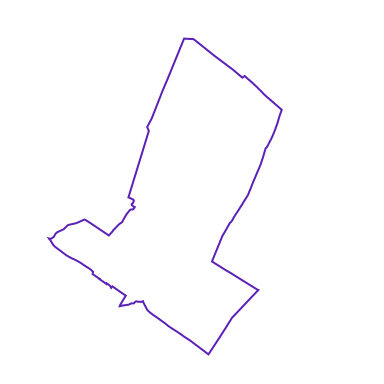 San Agustín Yatareni, Oaxaca, Mexico (Mercator projection), rotated 298°
{"feature_id": "50627088B58222599296469", "entity_name": "San Agustín Yatareni", "entity_type": "district", "adm_level": 2, "iso_a3": "MEX", "parent_name": "Mexico", "parent_adm1": "Oaxaca", "projection": "mercator", "projection_center": [-96.684, 17.08], "detail": "fine", "context": "isolated", "style": "outline", "palette": "violet", "viewbox_px": 384, "rotation_deg": 298, "n_neighbors": 0, "source": "geoboundaries", "source_scale": "gbopen_adm2", "svg_char_len": 2770}
<svg xmlns="http://www.w3.org/2000/svg" viewBox="0 0 384 384"><g transform="rotate(298 192 192)"><path d="M323.7,113.0L279.2,117.5L268.4,118.4L238.1,121.9L228.3,121.9L225.7,125.2L157.4,138.4L157.5,139.8L157.7,141.5L157.5,142.8L157.7,143.3L157.4,144.5L156.5,144.9L154.7,145.0L153.8,144.8L153.2,144.5L152.8,144.5L152.1,145.1L151.7,147.2L151.8,148.5L150.4,148.5L149.8,148.3L149.0,148.0L148.5,147.6L148.3,146.9L147.7,146.1L146.8,145.6L144.3,145.2L143.4,144.9L139.4,144.5L138.2,144.5L134.9,144.4L132.9,144.5L131.9,144.2L131.3,143.7L130.7,143.4L129.1,142.7L121.2,140.4L120.2,140.4L114.6,139.0L115.8,127.1L116.8,117.4L117.1,114.1L117.2,112.1L117.3,110.2L117.2,110.0L110.2,104.5L104.7,98.1L98.7,96.1L93.4,92.0L91.5,91.2L87.2,91.0L84.2,89.2L83.8,87.4L83.5,87.9L83.6,88.3L80.8,93.3L80.2,94.2L79.4,96.5L78.8,100.0L78.5,102.4L78.0,105.3L77.1,111.0L77.0,116.1L77.0,116.6L77.3,121.6L77.2,126.3L77.2,126.5L76.7,130.9L76.6,131.8L76.3,135.7L76.0,138.8L75.1,142.1L72.9,142.8L72.8,143.5L72.0,150.4L72.0,151.0L71.7,150.9L71.2,154.9L70.6,159.7L71.3,159.6L70.7,163.7L69.6,165.3L69.4,165.7L70.8,165.9L71.3,166.0L70.0,176.7L69.4,182.2L68.2,182.1L63.9,181.9L63.3,181.8L62.8,181.8L62.2,181.8L58.3,181.6L57.2,181.8L59.8,184.8L60.7,186.2L62.2,188.1L62.9,189.1L65.2,190.7L65.8,192.0L66.0,192.3L66.5,193.0L68.4,193.4L69.3,194.1L69.7,195.7L70.3,196.8L70.9,198.4L71.7,199.3L72.5,200.0L72.1,200.3L68.0,206.2L66.9,207.9L66.4,209.4L65.9,211.4L65.2,215.6L64.8,219.4L63.8,226.8L63.6,228.6L63.1,231.3L62.6,233.9L62.3,236.2L62.1,238.1L61.9,240.9L61.6,244.7L61.0,250.0L60.6,252.9L60.4,254.7L60.1,258.6L59.7,261.8L59.2,264.8L57.4,276.4L56.8,280.2L56.3,282.7L58.5,283.0L60.0,283.1L62.1,283.3L71.8,284.2L74.1,284.4L77.0,284.7L85.0,285.3L86.0,285.4L86.9,285.5L99.9,286.4L112.0,289.8L126.0,293.6L136.6,296.6L136.5,295.2L136.8,290.5L138.5,265.5L138.6,265.4L138.8,258.8L140.0,242.3L141.6,242.1L148.1,241.4L153.3,240.9L158.2,240.4L160.9,240.2L161.7,240.0L164.9,239.8L166.7,239.5L167.8,239.5L169.9,239.6L172.2,239.7L175.4,239.8L179.0,239.9L182.1,239.9L183.0,240.1L183.6,240.5L186.5,240.9L189.2,240.8L193.5,241.2L199.3,241.7L214.8,242.8L216.5,242.8L218.5,242.5L220.5,242.3L222.3,242.2L230.0,241.2L230.7,241.2L236.8,240.7L238.6,240.5L241.1,240.3L242.7,240.2L243.7,240.1L249.1,239.6L253.3,238.8L257.4,238.1L259.2,237.7L261.6,237.2L265.1,236.5L265.8,236.7L266.7,237.1L273.4,237.0L275.3,237.0L276.1,237.0L278.1,236.9L279.2,236.8L281.6,236.6L286.4,236.1L288.7,235.7L292.7,235.2L293.0,235.1L293.8,234.9L298.8,233.9L302.0,233.3L303.7,233.1L305.6,232.8L305.9,232.8L306.7,232.7L309.6,220.2L311.1,213.4L312.0,210.0L312.3,208.9L312.6,208.2L315.4,199.2L316.6,194.6L319.1,184.0L316.6,182.8L319.4,169.7L319.9,166.2L322.9,147.2L323.5,144.0L325.9,131.4L327.7,121.6L323.7,113.0Z" fill="none" stroke="#5b21b6" stroke-width="2"/></g></svg>